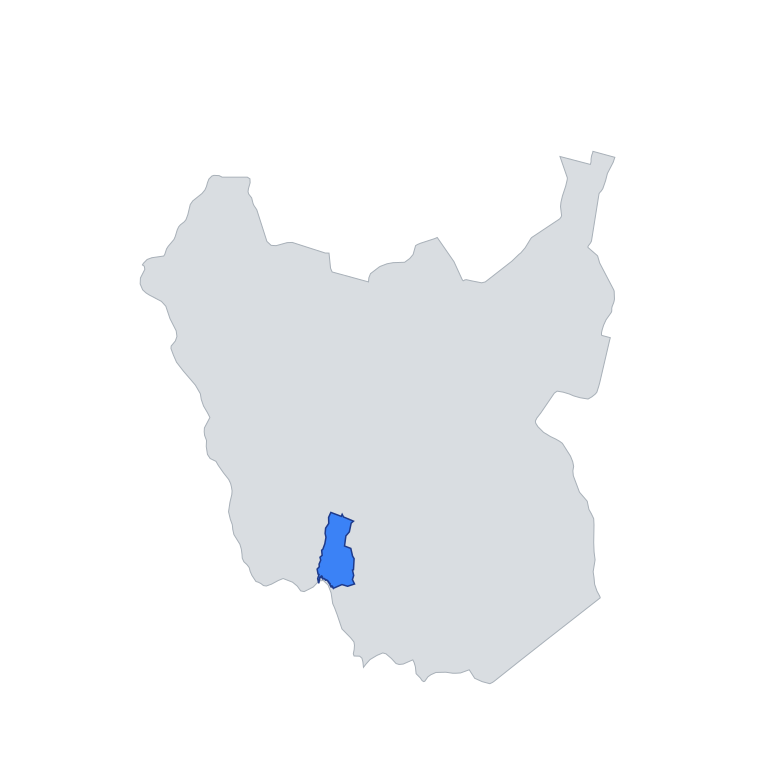 location of Maridi, Western Equatoria, South Sudan, rotated 15°
{"feature_id": "79223893B17245880032219", "entity_name": "Maridi", "entity_type": "district", "adm_level": 2, "iso_a3": "SSD", "parent_name": "South Sudan", "parent_adm1": "Western Equatoria", "projection": "equal_earth", "projection_center": [29.611, 5.135], "detail": "fine", "context": "in_parent", "style": "filled", "palette": "blue", "viewbox_px": 768, "rotation_deg": 15, "n_neighbors": 0, "source": "geoboundaries", "source_scale": "gbopen_adm2", "svg_char_len": 6028}
<svg xmlns="http://www.w3.org/2000/svg" viewBox="0 0 768 768"><g transform="rotate(15 384 384)"><path d="M586.9,616.2L567.5,642.4L566.2,644.0L563.8,646.1L555.9,646.1L547.8,644.8L540.3,638.0L532.7,643.3L527.9,644.9L525.1,645.6L518.3,646.4L508.8,649.2L504.5,652.7L502.2,655.5L500.3,660.6L499.3,661.2L497.5,660.6L495.1,658.5L490.0,655.5L487.5,649.0L485.1,645.1L483.2,643.0L475.1,649.5L471.2,651.0L468.0,650.9L462.2,647.2L455.7,644.1L452.4,644.1L447.4,648.0L441.8,653.8L438.9,659.6L437.5,663.0L435.5,657.8L433.6,654.5L430.9,653.2L425.5,654.5L424.2,652.6L423.9,648.1L423.1,644.0L421.7,640.9L417.5,637.8L406.8,631.5L398.5,619.0L394.3,613.1L391.3,609.4L387.0,599.5L382.1,592.7L376.2,589.5L372.2,591.1L368.2,598.4L360.6,605.2L357.1,605.4L352.6,601.7L347.0,599.1L336.9,598.0L332.7,601.2L327.2,606.4L322.6,609.6L319.7,609.9L317.0,608.7L314.0,608.0L311.4,607.9L306.0,603.1L303.2,599.6L301.3,596.2L298.3,593.9L294.7,592.0L292.2,589.0L290.9,585.2L288.9,580.4L286.3,576.1L278.0,568.3L275.6,563.7L273.9,559.2L270.5,554.3L266.9,547.6L265.8,537.9L265.6,530.1L264.9,526.5L263.3,522.9L261.6,519.8L258.7,516.4L252.0,511.4L245.1,505.6L241.7,502.2L235.4,501.0L231.7,497.7L228.5,490.4L227.2,484.5L224.0,480.0L222.7,476.7L221.9,472.9L224.5,461.4L220.8,457.3L215.4,452.0L211.5,446.2L209.1,440.9L202.1,433.9L186.8,423.4L178.0,416.7L173.2,410.7L169.0,404.8L168.6,402.4L171.3,396.5L171.7,391.7L169.5,386.4L160.4,376.3L153.1,365.3L147.6,361.8L134.3,358.8L130.5,357.6L126.5,355.5L122.6,350.5L121.3,344.6L123.3,335.2L122.0,332.3L119.8,331.5L120.4,329.6L123.0,325.0L127.1,322.1L138.1,317.4L138.7,315.6L139.0,309.8L139.9,306.9L143.7,298.8L144.2,295.5L144.4,288.6L145.0,285.3L146.1,283.0L149.1,279.0L150.2,276.5L150.7,271.2L150.4,260.8L151.9,256.6L158.9,247.1L160.8,242.9L161.4,239.1L161.4,235.2L161.8,231.4L163.9,227.7L165.7,226.5L170.8,225.4L174.2,226.1L198.5,219.6L201.4,220.5L202.6,224.3L202.5,230.5L202.9,233.5L204.2,235.6L208.0,238.5L210.7,243.4L212.1,245.2L216.0,248.6L234.0,276.6L239.1,279.3L244.0,278.3L253.9,272.5L258.8,271.0L293.2,272.7L297.0,271.8L302.4,286.0L304.9,289.2L342.6,289.4L341.9,285.4L342.4,280.9L349.0,272.3L350.0,271.3L355.8,267.1L361.5,264.4L372.4,261.1L376.4,256.1L378.6,251.4L378.7,242.2L380.1,240.7L382.8,238.6L395.4,230.4L397.5,228.7L419.9,247.7L432.4,262.8L433.2,263.5L433.8,263.8L434.5,263.3L435.0,262.6L436.6,261.9L441.9,261.7L452.1,261.0L455.4,259.2L475.7,232.3L480.9,223.7L482.2,222.0L485.1,215.9L488.2,205.4L488.8,204.2L511.0,179.0L511.8,177.0L512.0,175.5L508.6,167.0L507.9,162.7L507.7,156.1L508.3,145.8L508.1,139.3L507.8,137.5L507.6,137.2L495.1,118.7L526.5,118.5L526.5,116.2L526.4,115.4L525.8,113.2L525.5,110.3L525.5,108.7L525.7,107.1L525.7,106.3L525.6,105.5L525.6,105.2L548.3,105.3L548.0,110.5L545.3,122.8L545.4,130.2L544.8,138.6L544.0,141.1L542.9,143.2L542.5,144.2L542.5,145.1L547.4,192.2L547.0,194.2L545.8,197.2L545.5,198.1L545.4,198.9L545.9,199.4L556.3,204.5L556.8,204.8L557.3,205.2L561.0,211.3L581.6,233.7L582.3,234.8L584.5,241.9L584.7,242.9L584.8,244.6L584.8,245.9L584.3,250.2L584.4,252.1L584.8,253.3L585.1,254.8L585.1,255.2L584.9,256.3L581.9,264.4L580.9,270.2L580.7,275.1L580.8,277.9L581.2,279.7L581.5,280.4L581.8,280.7L590.6,280.7L590.6,283.3L592.0,326.0L592.0,330.9L591.7,336.9L590.6,339.2L588.1,342.6L585.0,345.7L577.0,346.5L570.4,346.4L565.6,345.7L559.2,345.5L553.1,346.1L550.9,348.7L542.9,371.5L540.5,377.2L539.8,380.5L540.6,382.5L543.7,385.4L550.6,389.4L558.5,391.7L564.4,392.8L568.5,393.9L571.6,395.1L582.8,405.4L586.4,410.2L588.5,414.5L588.9,419.0L590.6,423.6L600.8,437.9L610.6,444.6L614.4,452.1L618.0,455.8L621.4,459.8L623.3,465.7L627.6,482.9L630.4,491.9L633.4,499.2L634.6,511.2L636.9,516.5L639.3,523.0L643.3,528.9L647.5,533.4L648.2,534.6L606.1,590.5L586.9,616.2Z" fill="#d9dde1" stroke="#a8b0b8" stroke-width="1"/><path d="M407.3,584.8L404.1,581.1L404.3,576.8L401.7,571.9L402.6,571.3L400.3,560.4L398.2,558.4L394.5,551.4L387.8,550.7L386.5,540.6L388.8,535.8L388.3,526.9L390.0,524.4L379.3,522.9L377.3,520.7L377.0,522.9L365.9,521.8L365.0,527.2L366.7,533.0L364.9,538.3L365.8,543.6L367.6,547.0L368.2,553.6L367.7,559.4L366.8,560.7L368.6,565.5L367.0,567.9L368.5,570.6L367.9,574.8L368.8,577.2L367.3,580.1L369.5,584.7L370.5,584.8L370.3,589.2L372.2,592.9L372.4,592.9L372.4,592.7L372.4,592.4L372.5,592.3L372.6,592.1L372.5,591.9L372.4,591.5L372.4,591.3L372.3,591.2L372.4,590.9L372.4,590.7L372.4,590.4L372.2,590.0L372.4,589.9L372.4,589.7L372.2,589.4L372.3,589.3L372.3,589.1L372.2,589.0L372.2,588.7L372.2,588.4L372.2,588.2L372.1,587.9L372.0,587.7L372.0,587.4L372.1,587.2L372.3,587.3L372.4,587.5L372.5,587.5L372.6,587.4L372.8,587.3L372.9,587.2L373.0,587.0L373.0,586.8L373.0,586.6L372.9,586.4L372.9,586.2L373.1,586.0L373.2,585.9L373.2,585.7L373.4,585.5L373.5,585.5L373.8,585.7L373.8,585.9L373.8,586.0L374.1,586.1L374.3,586.2L374.3,586.3L374.3,586.5L374.3,586.9L374.3,587.0L374.5,587.0L374.7,587.3L374.7,587.6L374.8,587.8L375.0,588.0L375.3,588.2L375.5,588.1L375.7,587.8L375.8,587.7L376.0,587.5L376.1,587.3L376.3,587.3L376.6,587.5L376.7,587.8L376.8,587.8L376.9,587.7L377.1,587.8L377.4,587.7L377.5,587.8L377.7,588.0L377.8,588.1L378.0,588.3L378.1,588.2L378.3,588.3L378.3,588.6L378.5,588.6L378.6,588.4L378.8,588.4L379.0,588.2L379.3,588.0L379.5,588.1L379.8,588.4L379.9,588.5L380.1,588.5L380.4,588.5L380.5,588.7L380.6,588.8L380.8,588.9L381.0,588.9L381.2,589.0L381.2,589.3L381.2,589.5L381.3,589.6L381.7,589.8L381.8,589.8L381.9,589.6L382.0,589.6L382.2,589.9L382.2,590.1L382.3,590.2L382.4,590.4L382.4,590.5L382.6,590.6L382.8,590.6L383.0,590.7L383.3,590.6L383.6,590.7L383.7,590.8L383.7,591.0L383.5,591.3L383.7,591.5L383.8,591.7L383.8,591.9L383.9,592.1L384.1,592.1L384.3,592.2L384.4,592.3L384.5,592.5L384.6,592.8L384.8,592.9L384.9,593.0L385.1,593.4L385.2,593.6L385.3,593.7L385.5,593.8L385.7,593.7L385.8,593.5L385.9,593.3L386.0,593.1L386.1,592.9L386.3,592.8L386.1,592.6L386.3,592.6L386.5,592.7L386.7,592.9L386.6,593.1L386.8,593.2L386.9,593.3L387.1,593.4L387.1,593.5L387.2,593.9L387.5,594.0L387.7,594.3L387.9,594.5L388.0,594.2L388.4,594.1L395.3,588.6L401.2,588.8L407.3,584.8Z" fill="#3b82f6" stroke="#1e3a8a" stroke-width="1.5"/></g></svg>